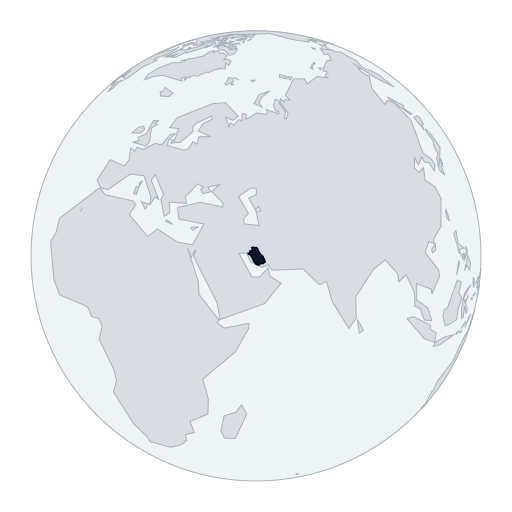 Fars on an orthographic globe
{"feature_id": "IRN-3212", "entity_name": "Fars", "entity_type": "Province", "adm_level": 1, "iso_a3": "IRN", "parent_name": "Iran", "parent_adm1": "", "projection": "orthographic", "projection_center": [52.93, 29.426], "detail": "fine", "context": "on_globe", "style": "filled", "palette": "ink", "viewbox_px": 512, "rotation_deg": 0, "n_neighbors": 0, "source": "natural_earth", "source_scale": "10m", "svg_char_len": 11897}
<svg xmlns="http://www.w3.org/2000/svg" viewBox="0 0 512 512"><circle cx="256" cy="256" r="225" fill="#eef3f6" stroke="#a8b0b8"/><path d="M283.4,32.4L293.6,34.0L304.2,36.0L299.2,35.2L318.2,39.5L334.2,44.7L317.6,39.3L314.1,38.5L323.0,41.2L321.3,41.0L324.7,42.4L321.9,42.2L311.3,39.3L309.3,39.3L315.7,41.3L316.9,42.8L307.8,39.7L309.1,42.2L291.5,39.3L269.3,33.6L257.4,34.1L229.0,34.4L229.4,35.1L219.0,36.6L215.6,38.1L211.3,38.3L212.4,39.5L216.9,39.1L218.9,39.6L217.4,40.6L211.6,40.9L211.5,40.4L209.0,41.1L206.8,40.8L207.0,41.6L200.2,42.1L204.6,43.3L197.2,45.2L193.3,45.2L196.8,42.9L196.6,39.3L193.8,39.7L186.2,41.9L165.3,50.1L160.8,51.9L152.5,55.9L153.5,55.6L160.3,52.5L160.1,53.5L168.5,50.2L169.7,50.4L177.1,48.5L172.5,51.4L164.1,55.5L157.7,57.5L153.8,59.6L157.1,60.2L142.6,67.0L128.4,77.5L125.0,79.4L123.3,77.5L130.4,70.5L128.3,70.5L126.1,73.5L117.7,79.1L114.8,81.5L113.2,83.2L115.1,82.4L111.5,85.3L112.2,82.8L115.5,80.1L115.2,80.8L118.5,77.8L118.8,77.4L131.7,68.1L145.3,59.8L159.4,52.5L174.0,46.2L189.0,40.9L204.4,36.7L220.0,33.6L235.8,31.6L251.7,30.8L267.6,31.0L283.4,32.4ZM325.7,42.7L327.6,43.2L328.5,43.8L325.7,42.7ZM179.1,47.1L178.1,47.8L177.2,47.8L179.1,47.1ZM183.2,45.8L182.9,45.3L184.8,44.6L185.0,44.9L183.2,45.8ZM325.1,44.1L326.0,45.2L323.2,43.5L325.1,44.1ZM183.1,46.6L188.3,43.5L191.7,42.5L195.0,42.9L183.1,46.6ZM325.3,45.5L327.5,48.8L332.0,50.0L320.5,48.9L322.4,46.1L318.3,43.7L322.7,45.3L325.3,45.5ZM219.1,38.5L214.1,39.0L219.7,37.7L219.1,38.5ZM222.2,37.6L236.4,34.1L243.0,34.3L236.9,35.2L246.5,35.2L242.7,36.9L236.5,37.4L233.0,36.8L234.3,38.0L222.2,37.6ZM313.8,48.1L312.8,48.7L311.8,47.6L313.8,48.1ZM220.2,39.7L222.5,38.8L228.3,38.8L224.8,40.7L224.0,40.1L220.2,39.7ZM250.9,34.5L254.6,35.1L252.5,36.6L253.7,37.2L243.2,37.0L250.9,34.5ZM221.9,40.6L222.8,41.8L218.7,42.8L218.3,40.6L221.9,40.6ZM231.3,38.1L233.9,38.3L231.3,38.8L231.3,38.1ZM204.4,47.9L207.1,46.4L210.3,46.2L204.4,47.9ZM223.5,42.1L224.9,41.8L226.5,41.7L226.2,42.7L223.5,42.1ZM242.4,38.3L240.8,39.0L246.7,38.4L245.4,39.9L238.5,39.7L240.9,40.4L240.5,40.9L235.4,40.2L242.4,38.3ZM230.7,43.5L221.6,44.2L216.1,46.9L213.0,47.0L222.5,42.8L230.7,43.5ZM233.9,41.5L231.3,42.7L228.8,42.1L229.1,40.9L233.9,41.5ZM246.9,41.1L250.7,38.9L252.0,39.0L246.9,41.1ZM229.6,44.3L231.8,44.1L229.5,44.5L229.6,44.3ZM242.1,42.1L243.3,41.2L244.8,41.4L242.1,42.1ZM235.3,44.7L232.4,44.8L232.5,44.0L235.3,44.7ZM238.8,43.6L240.6,44.1L234.3,43.6L239.1,43.1L238.8,43.6ZM243.4,42.4L244.6,42.3L242.7,42.8L243.4,42.4ZM236.5,48.2L228.5,47.8L228.8,45.7L236.5,46.3L236.5,48.2ZM53.9,279.6L50.6,241.7L56.0,232.6L59.7,218.1L99.5,187.8L105.0,194.7L132.9,200.9L135.9,204.1L129.3,214.6L147.6,236.5L157.4,229.0L177.3,242.1L192.6,244.7L203.9,223.9L178.8,219.1L177.7,207.6L200.4,202.2L222.7,207.1L223.0,202.9L211.6,191.5L219.5,184.8L208.0,187.0L210.6,191.8L203.4,193.6L200.6,189.4L203.5,187.0L197.5,183.9L185.2,197.0L186.6,203.3L169.3,202.1L169.8,212.9L164.1,216.3L161.0,199.6L163.5,194.4L155.4,174.8L151.3,180.1L158.6,199.2L155.1,196.8L149.6,205.1L151.0,197.0L144.0,175.7L130.3,174.1L107.9,189.6L100.8,187.9L97.1,180.1L110.2,159.7L124.4,166.1L129.2,159.9L130.5,147.9L134.7,151.1L137.0,147.3L142.8,149.5L155.1,143.4L161.6,144.9L170.4,134.2L175.0,133.8L168.5,140.0L167.4,145.6L184.1,150.2L188.5,148.7L192.9,141.6L196.9,144.2L199.0,136.8L210.6,136.6L198.3,131.0L203.1,123.5L212.2,119.3L211.6,116.1L196.7,123.0L192.8,126.9L192.9,131.6L180.3,142.4L173.7,142.8L178.6,128.4L169.8,127.7L177.4,117.6L212.8,103.6L225.6,102.7L238.2,116.3L233.0,120.3L225.8,117.2L228.8,126.8L230.3,122.7L233.6,125.2L239.1,119.5L241.7,121.0L242.4,113.2L246.3,114.5L245.8,119.4L257.1,112.9L266.2,114.4L267.5,112.3L266.3,109.6L278.6,113.7L279.0,112.0L275.1,110.0L273.4,105.4L275.2,99.2L279.4,100.9L279.3,103.4L285.4,111.6L284.5,118.5L286.4,118.7L288.1,113.2L280.7,103.0L280.6,98.9L284.9,103.1L283.4,101.2L284.6,99.7L289.7,100.1L285.4,95.3L293.5,79.0L304.3,78.8L307.2,83.9L317.3,76.4L328.6,78.1L325.0,76.0L327.4,71.8L323.9,71.2L322.4,69.9L327.0,60.6L331.2,60.3L329.2,55.2L327.3,54.3L324.0,54.1L320.5,48.9L332.0,50.0L335.6,51.9L340.4,51.8L347.9,56.4L356.4,60.7L361.8,66.7L368.0,70.1L369.2,69.8L378.5,74.6L393.6,86.8L376.3,78.2L352.6,63.1L361.8,69.1L358.2,68.4L360.6,71.1L367.3,75.6L369.0,75.6L371.9,88.5L384.9,104.5L387.6,100.3L393.9,102.7L411.1,120.4L423.0,153.1L431.5,159.2L435.0,164.9L434.3,171.0L429.1,162.7L424.4,162.1L421.6,156.9L418.7,164.9L414.5,157.8L414.4,168.1L419.4,172.5L423.4,167.5L425.1,180.3L434.9,186.7L441.0,198.5L441.0,226.4L433.6,239.2L434.2,243.5L428.7,241.5L425.2,252.4L438.5,270.0L439.5,276.5L432.1,293.7L431.2,289.1L416.7,283.7L416.7,300.0L427.9,307.9L431.8,320.8L424.4,319.9L420.1,308.7L415.0,306.4L414.4,292.7L406.3,274.7L398.8,281.8L397.5,273.5L385.3,260.0L373.4,269.4L355.7,296.8L356.4,317.8L348.9,328.5L332.2,301.5L326.7,281.6L319.4,284.7L303.3,269.0L271.8,270.2L268.5,264.8L262.3,267.5L251.1,262.1L246.4,253.0L239.1,253.5L251.9,277.2L259.9,276.8L268.1,267.7L270.0,276.1L281.0,283.2L264.8,303.5L219.9,319.6L217.5,303.6L193.6,256.4L195.4,251.6L195.4,251.0L195.2,249.9L191.0,257.6L187.6,248.2L198.2,281.1L199.1,294.5L219.3,320.5L216.9,322.7L224.0,328.1L249.0,323.3L248.7,328.5L235.7,351.5L202.7,379.2L208.3,398.8L207.9,414.1L190.0,421.4L194.3,432.5L185.4,434.7L186.6,440.3L181.1,444.8L170.7,447.3L150.2,441.6L146.8,436.4L133.3,423.3L113.6,392.0L116.5,380.7L113.7,369.4L99.2,339.2L102.2,326.1L98.8,318.4L91.6,316.6L88.0,307.3L83.9,305.0L59.7,294.8L53.9,279.6ZM82.4,207.5L80.5,211.5L82.4,207.5ZM244.4,223.9L259.1,225.5L256.0,211.3L261.4,210.9L258.3,206.5L255.7,210.3L248.7,198.2L256.3,194.5L256.3,188.5L251.3,187.8L238.5,196.5L248.4,213.6L243.5,219.0L244.4,223.9ZM117.6,79.2L117.5,79.5L115.2,81.6L115.0,81.4L117.6,79.2ZM113.1,87.9L107.4,92.4L111.3,88.8L109.8,89.0L116.3,82.2L123.6,80.0L119.2,82.0L113.1,87.9ZM127.0,73.3L122.0,77.4L127.2,73.1L127.0,73.3ZM143.9,126.2L144.5,129.6L140.2,133.2L132.0,132.9L138.1,127.5L143.9,126.2ZM146.3,133.8L153.5,120.5L158.9,120.7L154.6,122.8L157.5,124.2L151.4,128.0L149.6,141.8L145.8,146.0L132.7,142.2L139.1,140.8L138.1,137.3L146.3,133.8ZM162.1,91.7L165.3,87.4L172.9,93.1L169.1,96.5L160.6,96.0L160.2,91.7L162.1,91.7ZM188.0,48.6L188.8,47.6L190.4,47.4L191.1,48.0L188.0,48.6ZM205.4,47.2L186.6,53.0L186.5,52.0L175.6,57.3L171.1,57.0L178.2,53.5L166.6,57.6L171.2,54.3L163.4,57.5L179.8,49.6L183.5,47.3L181.2,49.9L185.2,50.1L188.1,49.5L199.1,46.3L209.1,42.1L214.8,42.1L216.1,43.3L214.6,44.4L211.4,43.9L211.6,45.6L205.8,45.8L205.4,47.2ZM228.6,65.3L225.6,63.0L225.1,69.1L219.3,68.2L219.6,69.0L214.1,70.0L207.9,72.8L205.8,71.9L204.3,73.4L200.6,74.3L197.9,76.2L193.1,75.5L189.4,77.8L189.2,76.2L184.1,80.5L185.7,77.0L181.1,78.3L181.9,81.0L162.5,75.3L153.1,76.6L144.4,79.8L148.4,74.2L159.1,67.8L172.4,62.7L180.9,62.6L181.2,60.4L185.3,59.9L183.4,61.9L188.9,58.5L191.8,58.7L203.6,55.9L209.7,51.7L214.2,50.8L213.2,52.5L218.4,50.5L219.6,53.4L222.8,52.9L227.3,55.6L223.6,59.8L227.5,59.0L231.1,61.4L228.6,65.3ZM237.6,49.0L234.5,53.5L229.8,55.5L224.0,50.0L220.8,50.1L217.0,47.3L223.9,44.7L224.3,45.7L226.4,46.1L223.4,46.7L227.4,46.5L228.1,48.0L231.4,48.3L229.5,49.6L237.6,49.0ZM141.2,201.2L143.9,202.7L148.5,203.6L145.1,209.1L141.2,201.2ZM136.2,186.7L138.9,186.9L136.3,194.5L133.6,193.3L136.2,186.7ZM142.5,180.8L139.2,186.3L139.4,182.6L142.5,180.8ZM171.2,140.0L174.3,140.0L173.8,141.8L171.1,143.9L171.2,140.0ZM225.9,85.4L224.9,83.3L226.4,82.7L228.7,77.6L233.2,78.2L233.5,81.5L225.9,85.4ZM198.4,226.9L192.7,230.3L190.9,227.9L193.2,227.2L198.4,226.9ZM166.7,219.9L172.9,224.4L165.7,221.4L166.7,219.9ZM231.2,85.2L231.6,83.0L233.6,84.7L231.2,85.2ZM236.6,78.4L239.2,80.0L234.0,77.7L236.6,78.4ZM297.1,473.6L299.4,474.0L295.6,474.6L297.1,473.6ZM246.7,414.2L235.2,438.6L224.4,438.0L220.9,430.8L224.1,415.9L236.1,412.1L241.6,404.9L246.7,414.2ZM459.0,332.9L461.5,331.1L461.2,332.1L459.0,332.9ZM456.5,332.6L459.7,329.9L455.6,335.0L456.5,332.6ZM460.9,328.8L464.1,324.0L465.6,321.2L465.1,323.2L460.9,328.8ZM454.2,334.7L439.6,344.9L433.3,346.4L435.3,342.2L445.5,336.6L454.2,334.7ZM434.7,342.4L424.4,338.9L407.1,318.7L413.4,316.6L430.8,325.4L429.8,328.8L436.1,332.7L434.7,342.4ZM457.8,310.2L456.6,319.5L449.0,324.6L445.3,325.8L442.8,316.4L444.2,309.8L447.4,307.9L457.3,280.2L461.3,281.9L458.8,292.7L461.9,297.8L457.8,310.2ZM357.5,319.5L363.5,330.3L359.2,333.3L357.5,319.5ZM459.5,263.0L456.7,275.0L458.7,260.4L459.5,263.0ZM459.5,250.3L460.6,254.5L458.3,251.7L459.5,250.3ZM435.8,249.6L432.5,252.8L431.6,249.8L435.2,243.9L435.8,249.6ZM445.6,208.7L448.9,217.8L449.5,221.3L446.3,216.9L445.6,208.7ZM270.1,90.8L261.9,96.9L259.0,102.5L262.0,107.2L254.2,103.5L258.7,94.9L270.1,90.8ZM290.2,80.1L287.5,76.5L291.0,76.8L292.0,77.6L290.2,80.1ZM287.0,78.9L279.4,77.1L279.4,74.4L285.4,76.2L287.0,78.9ZM255.1,80.2L252.4,81.9L250.8,80.3L255.1,80.2ZM426.7,403.0L423.2,406.9L420.7,409.1L425.6,403.3L431.9,391.4L433.2,390.6L437.7,380.9L452.6,361.3L464.6,336.0L467.8,331.3L473.3,313.8L475.0,308.9L470.1,326.0L463.9,342.7L456.4,358.8L447.7,374.3L437.8,389.1L426.7,403.0ZM465.0,327.2L469.1,316.8L470.7,314.1L465.0,327.2ZM478.0,294.2L477.9,294.8L478.8,289.2L479.4,284.1L477.3,289.1L476.9,286.6L478.2,281.3L476.0,283.0L478.5,275.9L479.0,281.9L480.1,272.4L480.9,268.6L480.9,268.3L478.0,294.2ZM477.3,293.9L477.7,292.9L477.1,296.2L477.3,293.9ZM472.3,297.0L472.0,299.5L471.2,299.1L472.3,297.0ZM473.5,294.0L475.8,292.3L473.2,296.3L473.5,294.0ZM463.8,298.0L464.8,302.3L468.2,295.2L465.6,302.9L467.3,309.3L466.3,313.5L464.7,306.3L463.2,317.1L461.6,318.4L461.3,310.8L463.2,298.9L464.8,293.0L470.6,284.8L463.8,298.0ZM473.7,287.4L473.0,282.2L473.4,277.2L474.3,279.3L473.7,287.4ZM469.8,270.1L466.6,265.5L464.6,270.8L467.7,255.6L470.4,262.4L469.8,270.1ZM465.7,256.3L463.9,261.2L465.1,252.9L465.7,256.3ZM462.9,259.3L461.7,254.5L463.6,253.3L462.9,259.3ZM466.8,255.4L465.5,246.3L467.3,250.4L466.8,255.4ZM458.4,243.8L464.1,248.3L458.4,249.8L453.8,233.4L455.9,230.9L458.4,243.8ZM442.7,166.0L439.8,162.0L440.5,159.1L442.3,162.6L442.7,166.0ZM440.0,147.3L439.7,157.0L439.0,165.6L441.2,166.3L444.7,175.0L439.1,169.9L436.6,158.4L437.9,153.4L434.1,146.6L432.7,139.9L426.9,132.9L425.0,128.6L430.6,133.6L440.0,147.3ZM424.3,130.1L413.7,117.2L416.9,115.5L419.9,117.9L423.4,124.4L421.6,124.9L424.3,130.1ZM412.1,113.8L410.2,114.3L390.6,100.1L387.2,96.8L403.8,105.8L402.9,106.9L407.1,111.0L412.1,113.8ZM315.2,49.4L313.0,48.8L315.0,48.8L315.2,49.4ZM320.4,69.7L318.6,68.0L321.1,67.8L320.4,69.7ZM315.1,63.4L313.6,64.7L313.5,62.5L315.1,63.4ZM310.4,68.2L312.1,64.9L313.0,69.2L310.4,68.2Z" fill="#d9dde1" stroke="#a8b0b8" stroke-width="1"/><path d="M253.4,247.0L253.5,247.1L253.5,247.5L254.4,247.8L254.7,247.8L255.8,247.5L256.7,247.8L257.2,248.3L257.6,248.8L258.4,250.8L259.0,251.8L259.5,252.4L259.7,252.7L259.8,253.6L259.9,253.8L260.4,254.2L261.1,254.5L261.2,254.9L261.5,255.5L261.6,255.8L261.9,255.9L262.6,256.0L262.8,256.1L263.6,257.8L263.8,258.4L263.8,258.5L263.7,258.6L263.7,258.8L264.7,259.8L264.8,260.0L264.8,260.4L264.7,261.1L264.6,261.3L265.0,261.6L265.1,261.9L265.1,262.1L265.0,262.3L264.9,262.3L264.7,262.3L264.4,262.4L263.9,262.7L263.8,262.9L263.6,263.2L263.4,263.4L263.0,263.6L262.1,263.4L261.8,263.5L261.6,263.6L261.4,263.5L261.2,263.5L260.3,263.6L259.9,263.7L259.8,263.9L259.7,264.3L259.7,264.5L259.6,264.8L259.2,265.0L258.2,264.8L257.8,264.9L257.7,264.8L257.4,264.6L256.5,264.5L256.2,264.2L255.4,263.5L255.0,263.1L254.5,262.5L254.1,261.5L253.8,261.2L253.7,261.1L253.5,260.9L253.0,259.5L252.9,259.1L251.4,256.2L251.1,255.9L250.8,255.8L250.6,255.6L250.3,255.2L250.2,254.7L249.9,254.5L249.5,254.3L248.7,254.3L248.5,254.2L248.3,253.8L248.2,253.6L248.1,253.3L248.1,253.1L248.4,253.0L249.0,253.1L250.1,252.5L250.1,252.4L250.1,252.2L250.0,251.9L250.0,251.5L249.9,251.1L250.0,251.1L250.3,251.1L250.6,251.3L250.8,251.5L251.3,251.6L251.5,251.6L251.7,251.4L251.7,251.2L251.6,250.7L251.9,250.6L252.0,250.6L252.0,250.3L252.0,249.9L252.3,249.2L252.4,248.8L252.4,248.5L252.4,248.3L252.2,248.1L251.9,248.0L251.8,247.9L251.7,247.7L252.0,247.7L252.3,247.7L252.7,247.4L252.8,247.3L253.4,247.0Z" fill="#0f172a" stroke="#020617" stroke-width="1.5"/></svg>